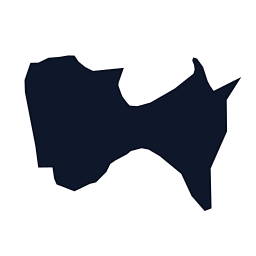 map outline of Trbovlje (Robinson projection), rotated 95°
{"feature_id": "SVN-952", "entity_name": "Trbovlje", "entity_type": "Statistical Region", "adm_level": 1, "iso_a3": "SVN", "parent_name": "Slovenia", "parent_adm1": "", "projection": "robinson", "projection_center": [15.039, 46.126], "detail": "fine", "context": "isolated", "style": "filled", "palette": "ink", "viewbox_px": 256, "rotation_deg": 95, "n_neighbors": 0, "source": "natural_earth", "source_scale": "10m", "svg_char_len": 805}
<svg xmlns="http://www.w3.org/2000/svg" viewBox="0 0 256 256"><g transform="rotate(95 128 128)"><path d="M194.9,175.9L189.8,193.7L184.5,196.5L173.0,199.2L174.4,213.4L153.8,218.0L101.0,233.1L89.3,234.5L72.3,230.3L71.4,222.6L65.7,213.1L63.9,202.4L61.7,193.8L61.3,187.9L66.8,183.5L71.7,176.2L75.0,167.9L69.4,138.4L83.3,142.0L85.0,142.1L86.8,142.0L95.4,138.1L98.3,136.3L103.2,131.9L106.3,128.5L106.2,120.5L101.4,107.6L85.3,84.5L68.5,66.8L63.9,65.9L59.1,67.0L55.1,69.1L52.9,68.6L53.5,65.7L61.0,59.2L74.7,53.4L79.3,50.4L84.6,46.1L69.4,21.5L91.2,32.9L122.6,29.8L161.0,42.9L200.3,38.6L203.1,44.3L189.7,58.2L168.5,70.4L152.6,93.6L146.9,105.5L146.2,112.9L150.1,123.6L153.6,127.1L160.9,138.3L164.9,143.1L173.3,146.4L184.3,155.6L186.3,161.5L194.9,175.9Z" fill="#0f172a" stroke="#020617" stroke-width="1.5"/></g></svg>